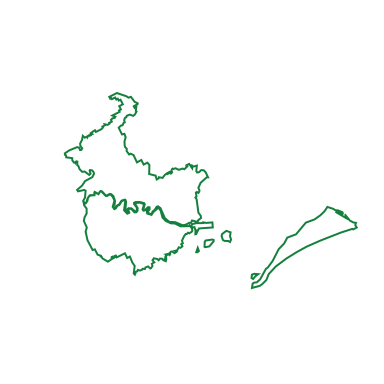 outline of Brisbane, Queensland, Australia, rotated 54°
{"feature_id": "25037944B26487143019559", "entity_name": "Brisbane", "entity_type": "district", "adm_level": 2, "iso_a3": "AUS", "parent_name": "Australia", "parent_adm1": "Queensland", "projection": "mercator", "projection_center": [153.061, -27.341], "detail": "fine", "context": "isolated", "style": "outline", "palette": "green", "viewbox_px": 384, "rotation_deg": 54, "n_neighbors": 0, "source": "geoboundaries", "source_scale": "gbopen_adm2", "svg_char_len": 6025}
<svg xmlns="http://www.w3.org/2000/svg" viewBox="0 0 384 384"><g transform="rotate(54 192 192)"><path d="M189.5,170.4L184.2,169.4L181.4,169.7L179.7,171.6L180.1,174.5L179.3,176.4L177.7,176.3L173.5,172.6L172.3,175.8L171.2,176.3L172.9,177.9L170.7,177.9L170.0,176.8L169.1,177.8L167.6,177.8L167.1,180.9L168.1,181.6L167.9,180.1L168.5,180.6L169.1,184.8L167.6,185.7L166.3,189.6L163.1,191.4L162.4,193.6L161.7,193.9L161.8,194.9L162.8,196.1L164.3,196.5L164.8,197.7L164.5,198.4L162.6,198.1L162.3,200.1L163.2,200.2L163.0,201.5L162.2,201.4L162.2,204.0L163.3,207.5L160.6,210.1L161.4,211.0L161.1,213.2L157.4,211.8L152.3,216.1L145.1,210.6L142.0,210.9L141.4,215.0L136.3,214.2L135.7,219.1L127.7,217.6L124.8,219.3L124.7,220.8L120.4,220.8L118.7,219.4L116.4,219.7L114.6,219.0L111.3,216.8L108.7,213.5L105.2,212.5L104.3,214.8L96.9,213.5L96.5,210.4L97.2,208.9L95.9,206.9L96.1,205.4L94.0,204.7L92.6,202.6L92.9,201.2L92.0,200.0L92.9,196.7L95.8,194.9L95.8,192.8L94.3,189.6L93.4,189.8L90.6,187.2L90.3,189.0L88.4,188.7L88.9,184.4L88.3,183.8L85.3,185.4L79.1,185.5L78.3,188.0L76.1,188.7L67.8,194.6L66.4,203.0L68.5,203.3L68.7,202.1L69.8,202.2L70.4,198.6L72.7,198.9L72.9,197.2L75.0,197.5L75.3,195.6L80.4,196.4L79.8,200.4L83.4,201.0L83.1,203.1L84.6,203.4L83.3,211.5L86.1,209.8L86.6,211.0L85.7,213.0L86.0,215.2L87.9,215.5L87.4,218.4L88.2,218.5L88.1,220.8L85.9,222.8L86.9,222.9L86.4,226.0L87.5,226.2L87.9,228.4L86.9,234.5L85.0,234.2L84.9,234.8L84.9,239.0L86.4,238.6L85.8,240.1L86.6,240.3L86.4,241.6L85.7,241.5L85.4,242.7L86.3,244.6L85.4,244.4L84.9,246.9L82.4,247.3L85.3,250.5L87.1,254.1L89.1,255.2L92.2,255.2L92.9,256.8L92.3,257.9L89.8,257.3L88.2,258.5L86.2,266.7L86.0,272.2L87.2,272.9L88.4,272.4L90.0,273.4L94.2,269.0L96.0,270.2L98.8,270.2L99.2,269.2L100.0,269.3L99.2,267.6L100.0,266.9L102.7,269.0L103.9,268.6L107.5,269.5L111.1,269.0L112.4,266.8L117.8,265.1L117.6,263.3L114.7,262.4L114.3,261.6L115.7,260.2L118.0,259.9L119.7,260.6L121.4,263.9L120.3,272.1L122.2,277.1L122.8,283.7L124.5,283.8L127.0,278.0L128.4,277.3L133.6,281.8L135.3,285.3L138.5,285.3L138.2,283.4L135.6,280.0L134.6,276.8L135.0,275.7L137.2,272.9L135.2,271.5L134.8,270.6L138.7,268.8L137.5,266.2L137.5,265.4L137.9,264.8L139.0,264.4L144.6,263.7L145.3,259.5L146.0,258.8L148.9,258.0L154.0,259.5L156.4,261.8L157.6,264.4L159.9,264.2L158.8,261.4L159.2,258.2L157.6,254.2L158.4,251.3L159.1,250.5L161.1,251.0L167.7,256.8L171.3,256.2L171.2,255.1L168.0,254.5L167.8,252.9L169.6,250.6L174.8,249.3L174.6,247.7L172.3,245.8L167.5,245.9L166.7,245.2L166.9,243.7L169.1,240.4L172.8,237.3L174.1,237.4L177.4,241.5L178.1,241.5L178.9,240.4L178.4,236.5L179.4,235.4L181.1,236.5L182.2,240.0L185.3,238.7L185.9,237.3L184.6,235.3L184.6,232.8L183.2,229.3L183.6,227.9L186.5,227.0L197.1,229.3L202.9,227.9L206.5,223.3L213.3,219.2L214.7,216.6L215.3,212.3L216.4,211.0L215.1,208.7L219.6,205.0L218.5,203.8L218.3,199.9L216.3,198.9L212.6,199.0L200.5,192.5L198.5,192.5L198.3,191.0L194.8,189.2L194.8,188.1L196.5,187.4L196.1,186.2L195.1,185.0L192.4,184.4L189.6,179.6L188.8,171.2L189.5,170.4ZM231.3,239.6L229.6,240.3L230.4,238.2L229.0,235.2L230.4,234.1L230.3,231.7L227.9,231.4L228.1,229.6L225.5,228.7L223.1,224.4L222.3,221.8L222.9,220.9L222.6,219.1L223.8,218.6L224.0,216.0L223.6,214.5L221.3,213.4L221.1,212.5L221.9,210.7L225.0,211.7L226.0,210.7L226.5,210.8L226.9,210.6L225.6,207.8L232.9,196.0L228.6,193.4L225.4,198.6L223.2,200.7L223.8,201.1L219.7,206.9L218.3,210.2L218.7,212.7L220.7,212.3L220.7,213.5L217.7,213.6L218.1,214.1L213.1,221.4L207.5,224.3L204.8,227.6L199.8,230.3L195.3,230.9L188.6,228.3L184.9,228.4L185.5,235.1L186.7,238.2L183.1,240.9L181.2,239.9L179.7,236.2L179.2,236.8L179.4,240.4L178.5,242.3L177.1,242.3L173.7,237.9L169.9,240.5L167.3,244.9L173.0,245.4L175.1,247.0L175.7,248.8L174.7,250.5L170.3,251.0L169.0,252.1L168.3,253.9L171.9,254.9L171.5,257.1L166.9,257.7L159.7,251.0L158.4,252.4L158.2,254.5L159.8,258.3L159.3,260.6L160.5,263.4L160.2,264.9L157.4,264.9L153.4,259.8L149.5,259.0L145.8,259.3L145.2,263.3L144.4,264.1L137.9,265.0L137.6,265.9L138.8,269.0L135.0,270.8L137.3,272.7L134.9,276.7L135.6,279.6L137.6,281.7L138.7,284.3L138.6,285.4L136.9,285.9L139.4,287.1L143.4,287.0L147.4,289.8L149.4,293.9L151.9,296.5L158.9,298.0L161.6,301.4L169.6,304.9L180.5,306.5L181.3,304.3L187.2,305.2L190.0,303.2L190.6,303.8L191.4,303.2L193.0,303.5L198.9,301.0L199.1,295.7L198.6,296.2L197.4,295.2L197.6,294.3L199.3,294.6L199.5,293.0L198.3,292.3L198.6,291.0L200.6,291.3L202.2,282.3L207.3,283.2L207.7,280.2L213.9,281.7L218.1,281.8L223.6,287.0L225.3,286.8L224.5,285.4L223.3,285.2L224.0,282.9L223.2,281.6L225.0,280.2L225.5,278.1L225.1,277.0L226.6,275.4L225.7,274.0L226.4,271.3L229.4,270.7L229.5,270.0L228.7,267.5L226.5,266.7L226.7,263.8L224.1,264.1L223.2,261.9L225.8,259.5L227.6,259.1L227.1,257.0L228.4,255.4L230.1,255.3L230.2,254.4L231.1,254.8L232.6,253.9L231.4,252.5L230.4,252.9L230.4,252.0L229.1,251.9L229.4,251.1L227.7,250.3L228.2,249.2L227.2,249.7L228.3,247.1L229.8,247.1L229.5,246.0L228.2,245.7L227.9,244.0L228.4,243.1L231.2,242.1L231.3,239.6ZM283.7,117.9L287.4,132.7L284.9,141.7L287.8,147.7L289.2,155.4L295.2,167.3L297.7,175.2L297.6,177.3L302.7,188.2L303.2,192.7L301.9,194.8L301.8,196.8L304.9,199.9L307.8,192.1L307.8,189.2L306.9,183.5L303.5,178.2L301.5,167.9L301.3,154.6L302.2,142.5L303.6,131.3L306.8,116.6L312.3,95.5L316.1,83.9L317.0,83.6L317.6,79.6L314.8,79.4L313.3,77.5L311.6,79.3L307.9,81.1L299.8,81.5L301.5,81.4L302.2,82.3L303.6,81.5L304.9,82.1L305.9,81.7L292.3,87.6L298.2,84.0L298.2,82.9L297.1,83.2L292.0,86.7L295.4,83.1L297.8,82.2L296.7,82.2L292.7,84.7L290.9,86.8L288.7,87.6L283.7,91.2L285.5,96.2L286.3,102.0L286.2,109.0L283.7,117.9ZM243.6,187.1L243.7,192.4L245.1,194.0L249.0,195.2L250.7,194.4L253.0,191.4L254.8,190.7L253.5,188.4L250.1,187.2L247.3,184.5L243.6,187.1ZM239.3,209.4L239.6,210.8L243.7,214.1L244.4,213.8L246.2,209.9L244.6,203.4L243.5,202.7L242.4,203.5L239.3,209.4ZM294.1,192.1L296.6,194.4L298.3,193.7L297.4,190.4L297.4,186.7L294.8,189.7L294.1,192.1ZM243.8,221.1L240.6,220.2L243.2,223.9L243.9,223.1L243.8,221.1ZM228.5,213.3L227.0,210.6L225.2,211.8L228.2,214.1L228.5,213.3Z" fill="none" stroke="#15803d" stroke-width="2"/></g></svg>